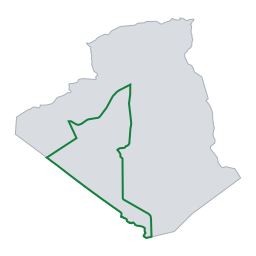 where Adrar sits in Algeria
{"feature_id": "DZA-2143", "entity_name": "Adrar", "entity_type": "Province", "adm_level": 1, "iso_a3": "DZA", "parent_name": "Algeria", "parent_adm1": "", "projection": "albers", "projection_center": [0.561, 25.317], "detail": "fine", "context": "in_parent", "style": "outline", "palette": "green", "viewbox_px": 256, "rotation_deg": 0, "n_neighbors": 0, "source": "natural_earth", "source_scale": "10m", "svg_char_len": 6502}
<svg xmlns="http://www.w3.org/2000/svg" viewBox="0 0 256 256"><path d="M193.5,19.1L193.8,19.8L193.9,20.4L193.0,21.0L192.4,21.3L191.7,22.9L190.4,24.0L190.2,24.3L190.2,24.6L191.2,25.0L191.5,25.4L191.7,26.0L191.4,28.2L191.0,32.0L191.1,32.8L191.5,33.8L191.9,34.5L192.0,35.4L192.0,37.5L192.5,38.7L192.9,39.8L192.2,41.3L191.9,42.6L191.8,44.4L191.8,45.5L191.3,46.6L190.7,47.6L189.9,48.3L189.0,48.9L187.9,49.6L187.1,51.5L185.2,53.2L184.8,53.8L184.7,55.0L184.8,56.7L185.3,58.1L186.3,60.1L187.3,62.3L187.6,63.4L187.9,63.8L189.1,64.4L191.2,65.3L191.6,65.7L192.7,67.2L193.8,69.9L194.2,71.7L197.9,74.3L201.5,76.6L201.8,76.9L204.2,85.2L205.1,88.2L208.2,98.8L207.2,99.5L206.1,100.3L207.0,101.8L208.8,104.0L209.9,105.9L210.3,106.7L211.3,109.1L212.0,111.3L212.3,112.1L212.6,113.8L212.7,118.8L213.6,125.0L214.4,128.1L213.6,130.9L213.0,133.7L213.1,135.0L213.7,137.1L214.3,138.6L214.9,139.4L215.0,142.1L214.8,143.0L213.0,144.5L211.0,145.9L210.5,147.0L210.4,148.3L210.8,149.2L217.4,157.7L217.6,158.6L217.9,161.1L219.1,164.2L220.3,165.5L220.8,166.5L221.6,167.1L222.4,167.6L222.9,167.7L225.5,166.6L230.3,167.7L234.8,168.8L235.1,169.0L238.0,173.6L240.6,178.0L192.7,213.3L187.4,218.5L174.8,231.0L173.8,231.6L156.5,235.7L147.5,237.7L147.1,237.8L146.6,237.8L146.2,237.8L145.4,237.5L144.5,236.8L143.8,236.5L143.7,235.9L144.0,235.1L144.5,234.5L144.6,233.9L144.9,233.5L145.3,233.2L145.3,232.7L145.0,232.0L144.7,230.9L144.6,229.0L144.6,228.2L143.8,227.4L142.2,226.7L140.7,226.2L140.1,226.1L138.5,225.8L136.3,225.3L135.5,225.0L134.0,223.3L133.3,222.8L130.0,222.5L128.9,222.3L128.0,221.8L127.3,221.3L126.8,220.3L126.7,219.5L126.4,219.2L122.8,217.3L121.8,216.6L121.3,216.0L121.3,215.1L121.4,214.0L121.2,213.1L121.1,212.6L58.9,166.7L55.6,164.2L48.3,158.7L15.4,134.2L16.5,118.0L16.6,117.2L16.8,116.9L17.9,116.4L19.7,115.1L20.4,114.6L21.2,114.0L24.1,112.3L24.7,111.9L27.6,109.9L28.2,109.7L29.7,109.5L30.3,109.2L31.2,108.4L32.5,107.5L33.3,107.1L33.5,107.0L34.0,107.0L36.5,107.4L37.5,107.7L38.8,107.9L39.2,107.8L39.5,107.5L40.0,106.9L40.2,106.1L40.3,105.4L40.3,105.1L40.6,105.0L41.1,105.0L41.8,105.2L43.3,105.2L43.9,105.1L45.6,105.1L48.0,104.7L51.5,103.8L53.1,102.7L54.4,101.4L55.7,99.5L56.8,97.9L58.8,96.9L60.5,96.4L61.4,96.2L63.6,95.4L67.2,92.9L70.2,92.6L70.5,92.4L71.0,91.9L71.0,91.2L70.5,90.6L69.9,90.3L69.5,90.0L69.1,89.9L68.9,89.5L69.0,88.8L69.1,88.2L69.4,87.5L69.4,86.6L69.0,85.7L68.9,85.1L68.9,84.4L69.1,83.9L69.8,83.6L70.5,83.5L71.4,83.7L73.2,83.5L77.6,82.1L77.9,81.6L78.2,80.5L78.5,79.6L79.0,79.3L79.2,79.2L82.7,78.7L83.5,78.7L90.0,79.1L95.6,79.4L96.1,79.2L96.1,78.5L95.7,77.2L96.0,76.4L96.8,75.7L97.8,74.8L97.3,73.8L96.6,73.1L95.5,72.3L94.9,72.0L93.9,71.0L93.3,69.8L92.9,67.5L92.2,66.2L91.7,64.5L92.2,61.6L91.5,59.7L91.4,59.0L91.4,58.0L91.7,56.5L91.6,54.2L90.7,51.9L91.2,51.1L91.4,50.7L91.3,50.4L90.5,49.7L90.2,49.0L90.4,48.5L90.8,47.7L90.8,47.3L89.5,46.3L87.5,44.6L86.9,43.9L86.6,43.0L88.6,43.3L89.7,43.2L92.1,42.2L94.0,40.8L95.5,40.1L96.8,38.5L98.0,37.6L99.7,36.5L104.7,34.3L105.4,34.2L107.0,34.8L108.4,34.6L109.4,33.8L110.4,31.9L112.0,30.7L114.0,29.5L116.8,28.4L118.6,27.4L121.4,26.4L128.5,25.8L132.1,25.3L134.6,25.3L137.1,23.7L138.3,23.1L143.7,22.9L146.3,21.6L155.9,21.3L157.1,21.7L158.3,22.3L160.3,23.8L161.3,24.1L162.6,23.7L165.5,22.2L168.8,21.3L170.6,20.3L171.3,19.0L172.9,18.5L173.8,19.4L177.3,20.2L179.4,19.8L180.3,19.5L179.9,18.0L182.2,18.3L184.0,18.9L185.8,20.3L187.0,20.5L189.1,19.7L193.5,19.1Z" fill="#d9dde1" stroke="#a8b0b8" stroke-width="1"/><path d="M55.6,164.2L53.8,162.8L51.9,161.5L50.1,160.1L48.3,158.7L47.0,157.8L46.7,157.6L46.9,157.5L76.5,138.1L68.7,121.3L70.8,121.2L72.7,122.2L73.8,123.0L76.4,124.4L78.6,124.9L81.2,123.9L82.7,123.0L86.1,120.5L87.5,119.7L88.7,119.3L98.4,117.7L99.8,116.7L106.5,107.8L112.8,96.2L116.5,92.3L117.4,91.5L119.4,90.2L130.3,84.6L130.2,94.2L129.0,103.5L130.5,116.3L131.2,122.9L131.1,125.3L130.5,128.0L129.3,143.3L129.3,143.6L129.1,143.9L128.9,144.2L128.5,144.7L128.2,145.0L127.5,145.7L127.4,145.8L126.2,146.0L125.9,146.1L125.3,147.1L125.0,147.4L124.8,147.6L124.5,147.7L123.6,148.0L122.0,148.0L121.9,148.0L121.5,148.2L121.4,148.2L120.8,148.1L120.0,148.1L119.9,148.2L119.1,148.8L118.3,149.1L117.8,149.3L117.7,149.4L117.5,149.7L117.4,149.9L117.4,150.1L117.5,150.3L118.4,151.1L120.1,153.5L120.3,153.9L120.4,154.2L120.4,154.4L120.5,155.1L120.3,156.3L120.4,156.7L120.5,156.9L122.4,158.3L122.5,158.5L122.8,198.4L123.0,198.8L123.5,199.5L148.5,213.8L149.7,214.9L150.6,216.1L151.0,218.8L151.5,236.8L150.7,237.0L148.7,237.4L147.5,237.7L146.6,237.9L146.3,238.0L146.1,237.9L145.8,237.7L145.1,237.1L144.5,236.9L144.3,236.7L144.1,236.5L143.8,236.4L143.7,236.1L143.6,235.9L143.7,235.6L143.9,235.4L144.0,235.1L144.2,234.9L144.4,234.7L144.5,234.5L144.5,234.0L144.6,233.8L144.8,233.6L145.1,233.4L145.3,233.3L145.4,233.0L145.4,232.7L145.2,232.5L145.1,232.4L145.0,232.1L145.0,231.8L145.0,231.7L144.9,231.6L144.6,231.0L144.6,230.5L144.8,228.1L144.7,227.9L144.4,227.7L144.0,227.6L143.8,227.5L143.1,227.0L141.7,226.4L138.5,225.8L137.9,225.8L136.9,225.6L136.7,225.6L136.1,225.3L135.9,225.2L135.6,225.2L135.4,225.1L134.8,224.1L134.5,223.6L134.0,223.2L133.3,222.6L133.1,222.5L132.9,222.4L132.7,222.5L132.4,222.7L132.0,223.1L131.7,223.2L130.8,223.0L130.7,222.9L130.3,222.8L130.2,222.8L130.0,223.0L129.9,223.0L129.6,223.0L129.5,222.9L129.5,222.7L129.4,222.4L129.2,222.3L128.8,222.3L128.6,222.3L128.3,222.2L127.0,221.1L126.8,220.9L126.8,220.0L126.8,219.5L126.5,219.2L125.8,218.7L125.4,218.4L124.9,218.4L124.7,218.2L124.1,218.1L123.6,217.9L123.4,217.8L123.2,217.6L123.0,217.2L122.8,217.0L122.6,217.0L122.3,217.0L121.9,217.1L121.6,217.1L121.4,217.0L121.2,217.0L121.1,216.8L121.1,216.5L121.1,216.3L121.4,215.2L121.5,213.9L121.5,213.6L121.2,212.8L121.1,212.6L119.8,211.7L118.8,211.0L117.8,210.3L116.8,209.6L115.9,208.9L114.9,208.2L113.9,207.6L112.9,206.9L112.0,206.2L111.0,205.5L110.0,204.8L109.0,204.1L108.2,203.5L108.1,203.4L107.1,202.7L106.1,202.0L105.2,201.3L104.2,200.7L103.2,200.0L102.3,199.3L101.3,198.6L100.4,197.9L99.4,197.2L98.4,196.5L97.5,195.8L96.5,195.1L95.6,194.4L94.6,193.7L93.6,193.0L92.7,192.3L91.7,191.6L90.8,190.9L89.8,190.2L88.9,189.5L87.9,188.8L87.0,188.1L86.0,187.4L85.1,186.7L84.1,186.0L83.2,185.3L82.2,184.5L81.3,183.8L80.3,183.1L79.4,182.4L78.5,181.7L77.5,181.0L76.6,180.3L75.6,179.6L74.7,178.9L73.8,178.2L72.9,177.5L72.0,176.8L71.2,176.2L70.3,175.5L69.5,174.9L68.6,174.2L67.7,173.5L66.9,172.9L66.0,172.2L65.2,171.6L64.3,170.9L63.5,170.2L62.6,169.6L61.8,168.9L60.9,168.3L60.1,167.6L58.9,166.7L58.1,166.1L57.3,165.4L56.4,164.8L55.6,164.2Z" fill="none" stroke="#15803d" stroke-width="2"/></svg>